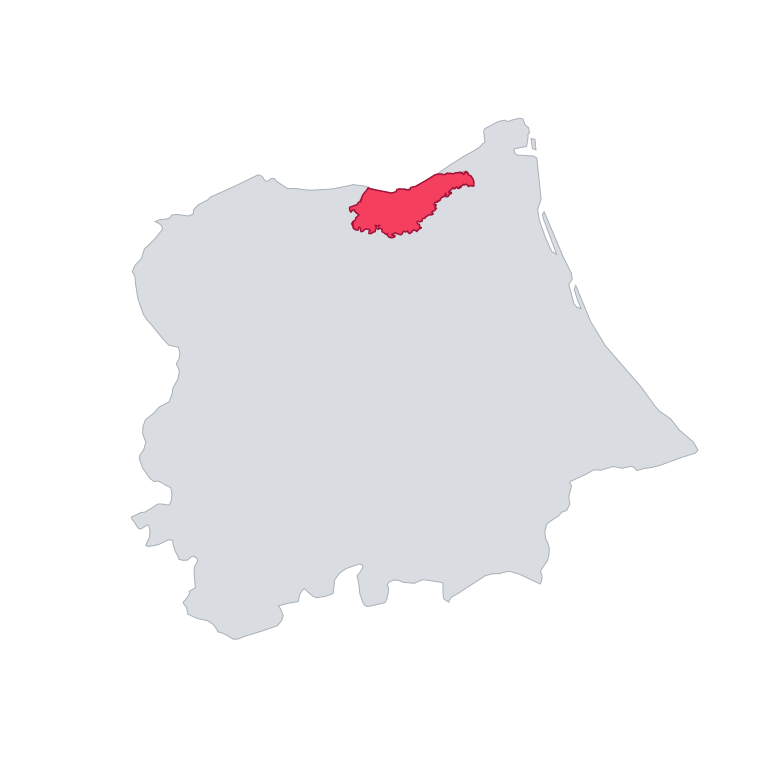 location of Indenie-Djuablin, Comoe, Ivory Coast, rotated 253°
{"feature_id": "98640826B87987908031267", "entity_name": "Indenie-Djuablin", "entity_type": "district", "adm_level": 2, "iso_a3": "CIV", "parent_name": "Ivory Coast", "parent_adm1": "Comoe", "projection": "robinson", "projection_center": [-3.502, 6.624], "detail": "fine", "context": "in_parent", "style": "filled", "palette": "rose", "viewbox_px": 768, "rotation_deg": 253, "n_neighbors": 0, "source": "geoboundaries", "source_scale": "gbopen_adm2", "svg_char_len": 9666}
<svg xmlns="http://www.w3.org/2000/svg" viewBox="0 0 768 768"><g transform="rotate(253 384 384)"><path d="M195.6,152.6L197.9,152.5L203.9,150.5L209.3,146.0L214.4,136.7L221.2,129.2L228.9,129.8L231.2,128.4L233.9,128.1L237.1,133.0L240.3,136.8L242.6,136.9L244.3,144.0L258.3,147.0L264.3,149.0L269.3,154.1L271.1,154.3L273.2,153.2L274.9,151.4L275.2,149.4L273.1,144.7L274.0,140.5L276.3,136.7L279.9,136.5L285.3,135.4L291.6,135.4L296.2,136.1L298.1,132.3L296.4,121.8L296.8,115.9L297.6,111.0L299.3,109.0L306.3,115.2L312.6,117.4L317.1,117.6L318.4,116.4L316.5,109.7L317.0,107.7L318.7,106.5L321.7,105.8L329.8,103.1L330.6,103.6L332.1,114.2L331.4,117.7L333.1,124.9L335.2,131.6L335.0,134.3L333.3,138.5L331.2,142.3L331.5,143.8L334.7,146.4L340.8,149.1L347.2,149.7L350.8,145.8L354.5,142.6L357.1,139.8L358.0,135.6L362.1,132.6L373.7,128.7L384.3,128.1L386.9,129.3L391.7,135.2L397.8,139.2L407.1,138.7L413.9,141.1L419.7,145.6L423.6,155.6L427.9,162.8L429.7,173.1L436.5,178.5L441.8,180.9L449.0,188.4L456.4,192.2L464.1,191.3L467.7,195.2L473.4,197.9L479.2,198.1L484.2,189.5L490.9,186.1L507.8,179.3L514.4,176.2L521.2,174.2L537.4,173.6L552.5,175.7L560.0,177.3L565.1,176.1L570.0,180.2L575.0,188.8L579.2,191.5L583.4,194.5L586.5,201.2L590.2,207.9L592.2,210.9L596.7,217.5L600.6,217.6L604.4,214.8L606.1,212.6L606.8,217.0L605.3,224.1L605.6,228.5L607.7,230.1L606.6,235.8L602.1,245.4L602.1,251.1L606.5,252.9L609.7,258.9L611.6,269.2L613.5,272.7L613.7,274.8L616.9,299.8L620.9,324.8L618.3,328.1L614.9,329.1L612.6,330.2L612.0,332.6L613.5,336.0L612.5,339.1L608.2,341.3L598.8,349.2L598.2,352.4L595.7,359.2L593.6,363.3L590.6,371.0L585.7,391.3L583.9,408.2L583.6,413.3L581.7,417.0L579.6,422.2L569.4,436.6L564.2,448.4L564.9,453.5L565.1,458.7L563.6,462.4L563.9,472.4L565.1,480.7L567.0,488.9L574.4,512.0L578.2,526.1L580.6,537.4L582.7,545.0L584.7,548.1L585.5,551.1L596.5,553.2L598.6,554.8L601.6,569.6L601.1,576.3L598.9,578.8L599.0,584.5L598.5,591.5L596.9,594.3L590.8,594.6L586.6,597.3L581.1,596.2L580.6,594.5L577.6,593.8L569.5,589.8L570.8,577.0L567.0,576.5L564.1,578.2L558.3,593.6L555.6,596.2L514.9,588.3L506.0,581.9L495.5,580.4L477.0,581.2L461.8,583.1L457.5,587.0L495.9,584.7L500.0,585.1L501.9,587.5L453.4,592.5L434.8,595.6L429.4,594.7L425.2,589.8L405.1,589.2L401.0,590.8L398.5,594.5L406.4,593.7L418.9,593.5L422.2,596.2L383.1,599.9L356.0,606.8L344.5,611.9L306.6,628.8L283.5,636.7L277.4,639.6L266.9,647.9L253.4,653.1L238.3,662.8L229.0,664.9L227.0,661.8L226.7,645.5L225.5,623.5L226.0,615.1L227.2,607.2L227.2,600.6L231.9,598.2L233.1,595.4L233.8,586.9L238.1,579.1L238.2,565.6L239.5,562.8L240.5,559.2L238.6,550.3L236.3,533.6L235.1,532.5L234.1,533.2L231.7,533.5L222.2,527.7L214.9,526.7L209.7,521.8L209.4,516.1L206.9,512.8L205.2,506.3L202.6,498.9L195.4,494.4L188.6,493.3L183.8,494.2L178.1,493.9L171.7,491.4L167.2,488.6L163.0,483.1L159.1,478.8L155.9,479.3L152.1,478.3L148.4,476.3L147.1,474.8L162.9,457.4L168.3,448.9L168.9,443.7L168.9,438.5L170.7,433.1L171.1,424.9L162.5,395.1L160.3,385.9L158.0,383.2L156.5,382.2L160.9,378.3L167.0,379.3L176.3,382.3L178.3,379.4L185.4,364.3L185.2,358.8L184.5,354.9L188.6,344.6L191.9,340.6L193.6,336.3L193.1,330.5L190.6,328.3L187.4,328.7L183.5,327.2L177.6,323.9L174.6,320.9L175.5,307.3L176.1,303.1L178.2,300.6L181.5,300.0L190.7,299.6L198.1,301.1L204.7,302.0L208.2,302.0L211.0,306.0L214.7,310.2L218.0,310.1L219.2,307.1L218.5,293.6L216.3,286.5L211.3,279.7L198.4,273.9L198.1,265.7L199.4,256.9L202.2,253.6L211.8,247.9L210.2,244.9L207.1,241.7L201.0,238.4L202.4,227.9L202.7,218.4L197.6,219.5L192.3,220.0L187.8,217.1L184.1,211.4L183.4,195.6L183.5,177.3L182.8,169.3L184.2,165.0L188.8,161.0L193.8,155.8L195.6,152.6ZM575.8,596.4L573.7,599.9L563.4,597.7L565.9,594.8L575.8,596.4Z" fill="#d9dde1" stroke="#a8b0b8" stroke-width="1"/><path d="M542.9,400.3L542.2,400.2L542.1,400.5L541.6,400.6L541.1,401.2L540.8,400.9L539.7,402.1L539.0,403.2L538.8,403.7L538.9,404.3L539.1,404.7L539.9,405.0L540.4,405.5L541.2,405.6L541.2,405.8L541.0,406.2L540.5,406.6L539.8,407.0L538.3,406.8L537.3,406.4L536.5,406.6L536.2,407.1L536.2,408.0L536.3,408.9L536.5,409.3L537.1,410.0L537.6,411.2L536.6,414.3L536.3,414.9L535.0,415.6L534.7,415.4L534.7,414.6L534.5,414.4L533.5,414.1L532.7,413.6L532.3,413.7L531.9,414.3L531.7,416.2L532.4,418.6L532.3,420.0L532.9,420.5L533.4,420.6L535.2,422.1L535.7,422.2L536.5,422.5L536.9,422.4L537.0,422.0L537.9,421.9L538.2,422.2L538.2,422.6L537.6,423.0L536.9,424.2L537.2,425.8L537.0,426.0L537.0,425.5L536.4,424.6L536.1,424.4L535.4,424.3L534.8,424.0L534.2,423.4L533.8,423.4L533.5,424.1L534.0,424.7L534.2,425.4L533.9,425.8L533.4,426.7L532.9,427.2L532.6,427.3L531.0,426.7L530.3,426.7L529.8,427.0L528.9,428.0L526.8,429.4L526.6,429.6L526.8,430.8L526.7,431.2L526.0,430.7L525.5,430.7L523.6,431.3L522.6,432.2L521.6,434.1L521.4,434.7L521.5,436.5L521.6,437.1L522.0,437.7L522.3,437.9L522.6,437.7L523.1,437.1L523.3,436.3L523.9,435.4L524.4,435.2L524.9,435.4L524.9,435.6L524.6,436.2L524.5,436.6L524.9,437.1L525.3,438.4L525.0,439.4L524.9,439.5L524.3,439.7L524.3,440.1L522.7,442.2L521.9,443.5L521.8,444.1L521.8,444.4L522.6,445.6L523.9,446.6L524.3,447.6L523.6,448.2L523.2,449.1L523.1,449.8L523.4,450.9L523.3,451.3L522.2,451.3L520.7,452.0L520.3,452.5L520.3,452.8L521.0,454.1L521.0,455.0L521.4,455.4L522.2,455.9L522.3,456.2L522.2,456.5L522.8,457.9L522.1,458.2L521.4,459.3L520.6,459.6L520.2,460.1L520.5,460.5L521.1,460.9L521.4,461.3L521.5,461.6L521.3,462.0L521.6,462.4L522.2,462.8L522.3,463.3L522.0,464.1L522.3,465.2L522.6,465.3L522.9,464.8L523.2,464.6L523.4,464.1L524.0,464.3L524.9,464.1L525.5,464.5L526.1,464.5L526.5,464.3L526.8,463.7L527.8,462.9L528.5,462.8L529.2,463.1L529.5,463.8L529.5,464.5L529.4,464.8L528.7,465.4L528.5,465.8L528.5,466.4L528.8,466.7L528.7,467.1L528.6,467.9L529.1,468.4L529.8,468.4L530.9,469.4L530.9,469.7L530.6,471.2L530.7,472.0L531.1,472.2L531.8,472.8L531.8,473.9L532.2,474.8L532.1,475.2L532.3,475.5L532.6,476.8L532.7,477.0L532.3,477.5L532.2,478.2L531.8,478.9L532.0,480.4L532.3,480.6L533.1,480.7L533.4,480.5L533.8,479.7L534.6,480.4L534.9,480.9L535.0,482.6L535.1,483.3L535.4,483.8L536.1,484.4L536.3,485.1L536.6,485.5L536.9,485.4L537.1,484.7L537.6,484.4L538.5,484.8L539.1,485.6L539.9,486.2L540.3,486.0L540.4,485.7L540.4,485.3L540.1,485.0L540.1,484.7L540.7,484.3L541.2,484.5L542.8,486.2L542.6,486.5L542.7,487.2L542.3,488.3L542.6,488.7L542.8,488.8L543.1,488.5L543.3,488.8L543.2,489.5L543.0,489.9L543.0,490.7L543.6,491.2L543.5,491.5L545.0,492.8L545.4,493.3L545.5,494.1L545.5,494.7L545.6,495.0L545.7,496.5L546.4,497.1L547.4,497.6L547.6,498.2L547.6,498.4L547.4,498.5L547.6,498.6L547.0,498.7L546.6,498.5L545.9,497.9L545.2,498.0L544.6,499.1L544.6,499.7L544.7,500.3L546.4,502.2L546.6,503.1L546.4,503.7L546.5,504.1L546.7,504.3L547.5,504.4L547.9,504.2L548.0,504.0L548.0,503.6L547.3,502.9L547.3,502.5L547.4,502.4L548.3,502.1L549.0,502.2L549.7,503.4L550.0,504.1L550.1,504.8L550.3,505.5L551.1,506.2L551.3,506.7L551.2,507.1L551.4,507.7L551.2,507.8L550.6,507.5L550.4,507.6L550.1,508.4L550.3,509.6L551.3,510.6L551.4,510.8L551.4,511.1L551.2,511.4L549.9,511.6L549.4,511.9L549.1,512.8L549.1,513.4L549.4,514.0L550.1,513.7L550.4,513.7L550.5,513.9L550.5,514.4L549.9,514.9L549.8,515.2L550.7,516.0L551.0,516.7L551.0,517.3L551.7,518.0L551.7,518.4L551.6,518.7L551.2,518.7L550.9,518.9L550.8,519.1L551.0,520.0L550.8,521.3L550.6,521.6L549.7,521.9L549.0,521.9L548.1,522.7L548.1,523.0L548.4,523.3L548.6,524.2L548.6,525.0L547.8,525.5L547.7,526.1L547.4,526.8L547.1,527.1L547.2,527.4L547.1,527.5L547.5,528.0L548.0,527.8L548.5,528.1L549.5,528.7L549.9,528.8L550.2,528.6L550.4,528.6L551.9,529.2L553.5,529.0L554.1,529.0L557.6,528.0L558.4,526.8L559.1,526.5L559.7,525.7L560.1,525.7L560.6,526.1L561.0,526.1L561.6,525.7L561.9,525.6L562.0,525.2L562.4,525.4L562.7,525.2L562.9,524.7L563.3,524.4L562.8,524.0L562.8,523.6L562.6,523.5L562.7,523.3L562.3,523.5L562.1,523.4L562.0,523.1L561.9,523.2L562.1,522.7L562.3,522.7L562.2,522.6L561.8,522.5L561.7,522.1L561.5,521.9L561.4,521.5L561.2,521.4L561.3,521.2L561.5,521.2L561.9,520.8L562.5,520.7L562.5,520.3L562.7,520.2L563.1,520.5L563.1,520.1L563.5,518.9L563.9,518.9L564.0,519.0L564.2,518.1L564.5,518.0L564.3,517.1L564.4,516.7L564.3,516.2L564.7,515.7L564.8,515.3L565.0,514.8L564.9,514.3L565.0,513.9L564.8,513.6L564.9,513.1L564.9,512.3L564.8,512.0L564.9,511.4L565.1,510.7L565.4,510.4L565.9,509.6L566.0,508.8L566.2,508.6L566.2,508.0L566.5,507.6L566.5,507.1L566.9,506.8L567.2,506.1L567.0,504.8L566.6,504.3L566.5,503.6L566.8,502.2L567.2,501.3L567.7,501.0L568.3,500.0L568.2,499.7L568.2,498.6L568.9,497.8L569.1,493.7L566.6,484.5L563.7,471.8L564.1,467.7L564.0,466.9L562.5,466.0L562.3,465.6L562.4,464.2L562.9,462.5L563.6,461.5L564.4,461.0L564.3,460.2L564.7,459.5L564.8,458.3L565.4,457.6L566.3,455.3L565.8,454.1L566.3,453.4L564.4,451.6L564.3,447.2L575.1,427.1L576.3,426.4L573.6,423.0L573.4,422.4L572.8,421.7L572.1,420.4L570.4,418.5L568.1,416.5L567.3,416.7L566.7,416.0L566.9,415.5L566.7,415.1L565.8,415.0L565.2,415.2L565.3,413.3L565.3,412.7L565.0,412.3L564.0,411.5L563.6,410.9L563.4,410.0L563.1,404.2L563.2,403.2L562.7,402.7L562.3,402.5L561.6,402.3L560.3,402.1L559.2,402.2L558.1,402.6L558.1,403.2L559.1,403.9L559.3,404.4L559.5,405.0L559.4,405.6L559.3,405.9L559.4,406.3L559.1,406.5L558.9,406.4L557.9,406.6L557.7,406.4L557.1,407.2L556.4,407.1L555.7,407.4L555.5,407.9L554.9,408.1L553.1,409.4L552.8,408.8L552.2,407.9L551.2,405.6L550.3,405.2L550.0,405.0L549.6,404.9L549.2,404.4L549.0,403.3L548.8,402.8L548.5,402.4L548.2,402.4L548.4,401.6L548.0,401.3L547.6,401.7L547.3,401.6L547.2,401.2L547.3,400.8L547.2,400.4L546.8,400.2L546.6,400.3L547.0,400.9L546.9,401.1L546.5,401.3L546.3,401.2L546.3,400.3L546.0,400.5L546.0,401.1L545.9,401.1L545.6,400.6L545.4,400.1L545.1,400.3L545.1,400.8L545.3,401.0L545.1,401.1L544.4,400.7L544.0,400.7L543.9,400.3L543.6,400.2L542.9,400.3Z" fill="#f43f5e" stroke="#9f1239" stroke-width="1.5"/></g></svg>